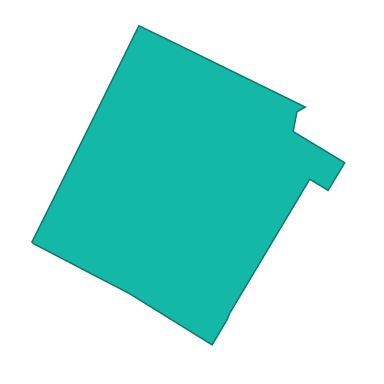 Montgomery, Ohio, United States of America (orthographic projection), rotated 27°
{"feature_id": "52423323B48095289602104", "entity_name": "Montgomery", "entity_type": "district", "adm_level": 2, "iso_a3": "USA", "parent_name": "United States of America", "parent_adm1": "Ohio", "projection": "orthographic", "projection_center": [-84.235, 39.75], "detail": "fine", "context": "isolated", "style": "filled", "palette": "teal", "viewbox_px": 384, "rotation_deg": 27, "n_neighbors": 0, "source": "geoboundaries", "source_scale": "gbopen_adm2", "svg_char_len": 399}
<svg xmlns="http://www.w3.org/2000/svg" viewBox="0 0 384 384"><g transform="rotate(27 192 192)"><path d="M313.3,118.3L314.8,96.6L254.7,92.2L249.1,72.9L254.4,64.9L102.8,67.3L69.2,68.0L70.1,133.0L71.7,260.7L72.1,309.3L74.9,310.0L136.8,310.6L182.1,310.9L279.3,319.1L281.3,289.3L280.6,283.4L288.9,160.1L291.1,127.2L312.5,128.8L313.3,118.3Z" fill="#14b8a6" stroke="#0f766e" stroke-width="1.5"/></g></svg>